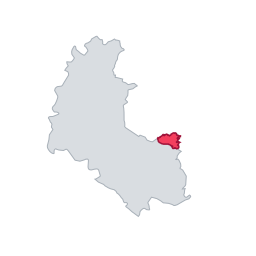 location of Forecariah, Forécariah, Guinea, rotated 214°
{"feature_id": "49546643B90846257605457", "entity_name": "Forecariah", "entity_type": "district", "adm_level": 2, "iso_a3": "GIN", "parent_name": "Guinea", "parent_adm1": "Forécariah", "projection": "albers", "projection_center": [-13.107, 9.386], "detail": "medium", "context": "in_parent", "style": "filled", "palette": "rose", "viewbox_px": 256, "rotation_deg": 214, "n_neighbors": 0, "source": "geoboundaries", "source_scale": "gbopen_adm2", "svg_char_len": 5220}
<svg xmlns="http://www.w3.org/2000/svg" viewBox="0 0 256 256"><g transform="rotate(214 128 128)"><path d="M154.4,164.2L152.5,164.0L151.7,164.4L149.2,167.3L147.7,168.5L145.4,168.2L144.5,168.4L143.9,168.0L144.8,166.4L145.9,163.2L149.0,159.9L149.1,159.3L147.8,157.4L146.4,154.8L146.4,152.0L146.2,150.0L143.4,149.5L142.9,149.2L142.9,148.5L144.4,145.0L144.5,144.3L144.3,143.7L142.6,142.0L140.0,138.7L135.5,132.1L133.8,130.7L132.2,128.6L131.6,127.3L129.9,126.9L114.3,127.0L114.0,128.8L108.7,130.0L105.4,128.6L101.7,129.4L99.9,130.3L98.5,134.2L97.7,135.1L96.9,136.8L96.2,137.8L95.4,139.7L93.7,142.5L91.8,144.2L88.7,145.2L87.7,148.1L87.0,149.2L85.8,150.0L84.5,150.6L81.9,150.0L80.5,150.5L80.3,149.8L81.1,147.5L80.4,146.3L78.0,143.9L77.8,142.8L77.0,141.3L73.8,138.2L70.8,138.4L71.6,135.9L71.6,132.4L70.5,130.6L70.8,128.7L70.3,128.8L69.2,130.1L67.6,129.7L64.3,127.7L62.7,125.7L62.5,124.0L62.1,123.4L61.1,123.7L59.1,123.7L52.8,120.7L48.4,113.2L48.3,111.5L48.9,108.6L48.8,107.8L46.7,109.7L46.4,108.4L44.8,105.4L44.4,103.7L42.9,102.9L41.7,102.8L40.7,103.3L39.5,106.8L38.6,106.8L37.6,106.1L37.9,103.4L40.3,100.2L44.3,91.9L45.8,90.0L46.7,89.4L48.6,89.3L52.3,88.2L56.9,85.7L60.4,85.9L64.5,85.6L69.8,83.8L69.9,78.2L69.7,77.0L67.8,75.9L66.7,74.9L65.8,73.7L64.6,72.8L64.6,71.9L67.0,70.7L69.2,70.7L69.9,70.3L70.5,69.5L71.1,67.5L71.3,65.4L69.9,62.5L70.0,60.5L77.8,60.8L82.1,61.4L85.7,61.6L86.2,62.0L85.7,64.0L86.2,65.1L87.4,65.4L89.3,64.1L90.4,64.4L92.6,66.1L94.6,66.5L96.9,67.4L99.0,67.9L100.8,67.9L102.3,68.8L104.9,69.1L108.3,67.9L110.9,67.4L114.7,67.2L116.6,67.6L122.3,66.6L126.8,67.1L126.1,67.8L124.1,72.2L124.3,73.0L128.9,76.8L130.0,77.0L131.2,76.5L133.1,74.8L134.7,72.9L136.2,72.0L137.9,72.0L139.3,73.3L142.6,78.9L143.4,79.6L144.2,79.6L145.6,78.5L146.3,77.3L149.3,73.6L153.9,71.7L165.0,75.8L166.6,76.1L167.5,75.8L168.9,73.3L173.0,71.1L175.0,70.5L176.2,70.4L176.6,69.8L176.8,68.7L176.5,67.7L175.2,65.8L175.2,65.3L175.9,64.9L177.5,64.6L179.6,64.8L181.9,65.6L183.8,66.7L184.9,68.1L187.0,74.0L189.4,78.5L189.4,84.7L190.4,85.3L191.5,85.6L192.1,86.1L193.2,88.6L194.3,89.3L195.6,89.5L198.0,91.1L199.5,91.7L199.8,92.2L199.7,92.9L199.1,93.8L196.8,95.5L195.7,97.0L193.4,100.5L193.3,101.2L193.8,101.6L194.8,101.7L195.9,101.4L198.0,100.1L199.7,100.6L201.4,101.5L202.0,102.5L202.2,103.9L201.8,105.6L201.8,107.5L202.4,110.8L203.3,114.0L204.1,115.2L209.7,118.0L210.2,119.1L210.5,120.3L210.1,122.0L209.6,122.9L206.6,125.5L206.2,126.7L206.4,129.0L206.8,138.6L208.0,140.2L209.4,141.0L212.7,140.5L212.7,143.1L212.3,146.1L214.2,147.0L215.2,147.9L215.7,148.7L212.7,150.4L211.8,151.3L211.5,153.8L211.6,156.1L215.7,157.7L217.3,159.6L218.1,161.6L218.4,165.3L218.0,166.2L217.0,166.2L214.8,164.0L211.7,163.8L209.3,163.4L205.3,163.7L204.7,164.4L204.3,169.4L205.3,170.3L207.2,171.2L208.4,171.6L209.4,171.5L210.2,172.1L210.4,173.7L209.9,174.9L208.9,176.1L207.6,179.0L207.9,181.6L205.8,185.9L205.1,186.7L202.2,185.9L200.2,185.7L198.9,186.8L196.9,185.1L196.5,183.9L195.8,183.6L194.6,183.6L193.4,184.4L192.9,185.7L192.6,188.4L190.5,191.0L189.0,194.2L187.3,194.0L186.9,194.4L185.0,195.2L183.4,195.5L183.0,194.6L182.0,193.9L181.0,192.6L179.8,191.5L177.5,190.7L176.6,191.1L175.5,191.0L174.8,190.6L174.9,189.9L176.1,188.2L176.8,186.7L177.1,185.0L177.1,183.4L176.4,181.2L175.4,179.4L175.1,178.4L175.2,176.9L175.0,175.5L174.6,174.8L174.1,172.2L173.5,171.7L173.2,169.7L173.3,167.5L172.4,166.7L171.0,166.1L170.2,165.3L169.6,164.4L169.1,164.1L168.7,164.2L168.3,164.8L167.9,164.9L167.1,162.9L166.7,162.8L166.2,163.3L159.8,165.6L159.0,163.7L157.8,163.4L155.7,164.1L154.4,164.2Z" fill="#d9dde1" stroke="#a8b0b8" stroke-width="1"/><path d="M75.3,139.0L74.9,139.9L75.2,140.7L76.1,141.6L76.3,141.7L76.7,141.5L77.3,141.5L77.4,141.8L77.1,143.0L77.6,144.3L77.6,144.8L78.0,145.0L78.3,144.9L78.6,145.0L78.9,144.9L79.1,144.3L79.0,144.1L79.2,143.5L79.7,143.3L79.9,143.6L79.6,143.8L79.6,144.0L79.7,144.3L79.7,144.5L79.8,145.3L80.1,145.8L79.8,146.8L79.9,147.0L80.0,147.0L79.7,147.3L80.1,147.8L80.8,147.9L81.0,147.6L81.1,146.9L81.3,147.0L81.4,147.7L81.5,147.6L81.6,148.1L81.2,148.4L80.9,148.8L80.5,149.2L80.5,149.5L80.2,149.8L79.7,150.1L80.1,150.8L81.1,150.1L81.6,149.9L82.6,149.9L83.4,149.4L84.0,149.6L84.7,150.3L85.1,150.5L85.5,150.5L86.3,150.3L86.4,149.7L87.4,149.5L87.9,148.9L88.2,148.4L88.4,147.5L88.8,147.2L88.6,145.8L89.3,144.6L89.7,144.7L90.1,145.0L90.3,145.0L90.6,144.8L90.8,144.3L91.2,144.4L91.6,144.6L91.8,144.5L92.3,144.6L92.8,144.3L92.8,144.0L93.0,143.7L93.2,143.2L93.6,143.2L93.8,143.0L93.6,142.4L93.6,142.1L93.8,141.9L94.5,141.9L94.7,142.1L94.8,141.5L95.0,141.4L95.4,141.6L95.6,140.2L95.7,139.9L96.2,139.1L96.2,138.7L96.1,138.3L96.3,138.1L96.6,138.1L96.6,137.7L97.0,136.8L97.1,136.7L97.7,136.8L97.8,136.0L97.3,135.8L97.0,135.3L96.5,135.1L95.5,134.0L94.0,133.5L92.7,133.8L91.5,133.8L89.6,134.5L85.4,137.3L85.0,137.3L84.9,137.2L84.6,137.4L83.7,137.6L83.1,137.3L82.7,137.6L82.2,137.6L81.7,137.2L81.3,137.3L81.0,137.9L80.9,137.9L80.6,137.4L80.6,136.7L79.8,136.3L79.5,136.4L79.3,136.2L78.6,136.6L78.3,136.9L78.3,137.5L78.2,137.7L77.5,138.0L77.3,137.7L76.7,138.0L76.4,137.9L76.1,137.9L75.6,138.3L75.3,139.0ZM77.4,145.0L77.1,144.9L77.0,145.1L77.4,145.0ZM79.8,148.1L79.7,148.0L79.9,147.7L79.7,147.9L79.7,148.1L79.8,148.1Z" fill="#f43f5e" stroke="#9f1239" stroke-width="1.5"/></g></svg>